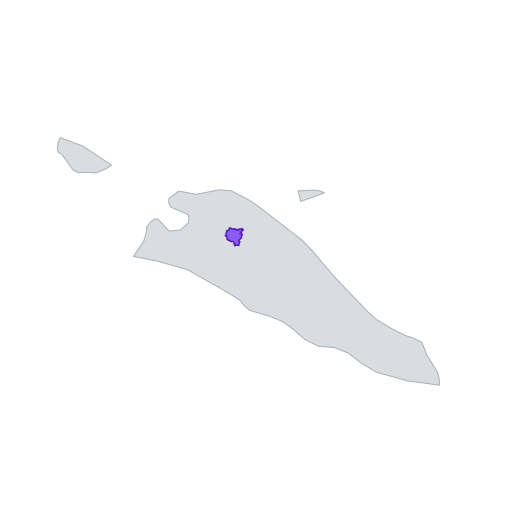 location of Letefoho, Ermera, East Timor, rotated 49°
{"feature_id": "22284137B23883045309989", "entity_name": "Letefoho", "entity_type": "district", "adm_level": 2, "iso_a3": "TLS", "parent_name": "East Timor", "parent_adm1": "Ermera", "projection": "albers", "projection_center": [125.458, -8.838], "detail": "fine", "context": "in_parent", "style": "filled", "palette": "violet", "viewbox_px": 512, "rotation_deg": 49, "n_neighbors": 0, "source": "geoboundaries", "source_scale": "gbopen_adm2", "svg_char_len": 4313}
<svg xmlns="http://www.w3.org/2000/svg" viewBox="0 0 512 512"><g transform="rotate(49 256 256)"><path d="M175.9,348.8L171.3,331.2L166.4,323.7L162.5,319.4L161.2,314.0L161.4,308.5L163.8,305.9L180.2,305.2L186.7,296.2L186.6,285.3L183.3,281.6L180.1,280.1L163.2,288.3L158.3,286.8L155.4,283.8L156.3,271.8L170.3,260.5L182.1,240.1L190.5,231.9L209.9,224.3L217.7,222.1L274.2,210.9L287.7,210.1L323.5,210.5L371.5,208.2L383.3,206.7L398.7,201.7L413.6,195.7L421.5,190.9L429.8,187.4L442.1,191.8L463.0,195.3L468.6,198.2L473.8,202.3L449.5,223.7L422.7,241.4L406.3,246.7L389.3,250.3L376.3,257.1L365.4,267.9L351.4,273.9L335.7,276.0L322.3,279.2L310.1,285.5L293.1,296.3L286.2,297.4L279.0,297.2L264.9,301.3L221.2,316.8L194.8,334.1L175.9,348.8ZM38.2,326.1L59.7,314.5L92.6,305.5L91.8,312.0L88.4,322.2L83.5,327.1L76.0,335.7L71.0,337.7L51.3,335.8L48.8,337.1L45.4,336.2L40.3,330.7L38.2,326.1ZM253.1,163.2L244.2,186.5L234.5,181.5L244.8,168.4L249.7,164.6L253.1,163.2Z" fill="#d9dde1" stroke="#a8b0b8" stroke-width="1"/><path d="M228.3,248.9L228.2,248.9L228.2,248.7L227.9,248.5L227.6,248.6L227.2,248.5L226.8,248.4L226.7,248.5L226.3,248.6L226.1,248.8L225.9,248.9L225.9,249.5L225.6,249.8L225.4,250.0L225.3,250.5L225.2,250.7L224.9,250.7L224.8,250.8L224.8,251.1L224.8,251.4L224.9,251.5L224.7,251.6L224.8,251.8L224.7,252.0L224.5,252.3L224.4,252.3L224.2,252.4L224.1,252.5L223.9,252.6L224.0,252.7L223.9,252.7L223.9,252.8L223.7,253.0L223.5,253.4L223.6,253.5L223.4,253.7L223.2,253.6L223.1,253.8L222.8,253.8L222.6,253.9L222.4,253.8L222.0,254.0L222.1,254.3L221.9,254.5L221.7,254.4L221.8,254.4L221.8,254.2L221.7,254.2L221.5,254.4L221.4,254.6L221.3,254.8L221.1,254.8L221.1,255.0L220.9,255.2L220.8,255.5L220.6,255.6L220.5,255.8L220.3,255.8L220.2,255.8L219.9,256.2L219.8,256.3L219.7,256.4L219.5,256.6L219.4,256.6L219.1,256.6L218.8,256.6L218.7,256.6L218.2,256.6L218.0,256.8L217.9,257.0L217.8,257.3L218.0,257.5L217.8,257.7L217.8,258.0L217.6,258.2L217.7,258.3L218.2,258.7L218.5,259.2L218.6,259.3L218.6,259.5L218.3,260.0L218.3,260.3L218.2,260.5L218.2,260.8L218.4,261.2L218.4,261.3L218.0,261.4L218.0,261.5L217.9,261.5L218.1,261.9L218.5,262.1L218.6,262.4L218.6,262.6L218.6,262.8L218.8,262.9L218.9,263.0L219.0,263.3L219.2,263.6L219.5,263.8L219.6,264.0L219.9,264.0L220.0,264.0L220.5,264.3L220.8,264.5L220.4,265.7L220.5,265.8L220.8,265.8L221.4,265.8L222.5,265.3L222.8,265.3L222.9,265.5L223.4,266.0L223.9,266.4L224.0,266.7L224.8,266.7L225.0,266.7L225.5,266.7L225.8,266.6L225.8,266.3L225.8,266.2L226.0,266.1L226.3,266.0L226.7,265.9L226.8,266.0L226.9,265.9L227.1,265.9L227.4,265.7L227.6,265.7L227.8,265.6L228.0,265.6L228.0,265.4L228.4,265.3L228.5,265.1L228.7,264.9L228.8,264.9L229.1,264.9L229.3,264.9L229.4,264.7L229.5,264.4L229.6,264.2L229.8,263.9L230.1,263.8L230.2,263.7L230.4,263.6L230.5,263.6L231.4,263.9L231.5,263.9L231.9,264.0L232.0,264.0L232.3,264.2L232.6,264.3L232.6,264.6L232.8,264.8L233.2,265.0L233.4,265.1L233.5,265.1L233.4,265.0L233.6,265.0L233.6,264.9L233.7,264.7L233.8,264.7L234.0,264.7L233.9,264.6L234.0,264.4L233.9,264.2L234.0,264.0L234.2,263.9L234.1,263.7L234.3,263.7L234.5,263.6L235.0,263.5L235.0,263.4L235.4,263.2L235.5,263.2L235.7,262.9L235.8,262.9L236.0,262.7L236.3,262.6L236.6,262.1L236.5,261.9L236.4,261.8L236.3,261.6L236.3,261.4L236.0,261.2L235.9,261.1L235.7,260.9L235.7,260.7L235.4,260.4L235.4,260.2L235.2,260.1L234.8,259.8L234.8,259.6L234.7,259.5L234.6,259.4L234.6,259.1L234.3,259.3L234.1,259.3L233.8,259.2L233.6,259.3L233.4,259.3L233.2,259.3L233.1,259.1L233.1,258.6L233.0,258.2L232.9,258.0L232.8,257.6L232.8,257.4L232.8,257.2L232.7,257.0L232.7,256.8L232.8,256.7L232.6,256.3L232.6,256.2L232.8,256.0L232.7,255.9L232.8,255.8L232.8,255.6L232.7,255.5L232.7,255.4L232.6,255.2L232.4,254.9L232.1,254.5L231.9,254.4L231.7,254.2L231.7,253.9L231.5,253.6L231.3,253.6L231.4,253.4L231.3,253.2L231.2,253.1L230.9,253.0L230.8,252.9L230.8,252.7L230.8,252.4L230.7,252.4L230.6,252.2L230.4,252.3L230.5,252.4L230.4,252.4L230.2,252.3L229.9,252.3L229.8,252.5L229.7,252.5L229.4,252.5L229.2,252.2L229.1,252.4L228.9,252.5L228.7,252.8L228.7,252.7L228.7,252.4L228.5,252.0L228.4,252.1L228.3,251.9L228.3,251.7L228.3,251.4L228.2,251.4L228.2,251.1L228.1,250.9L228.1,250.7L227.8,250.3L227.7,250.2L227.5,249.9L227.4,249.9L227.5,249.8L227.6,249.6L227.8,249.5L227.9,249.3L228.0,249.3L228.1,249.2L228.2,248.9L228.3,248.9Z" fill="#8b5cf6" stroke="#5b21b6" stroke-width="1.5"/></g></svg>